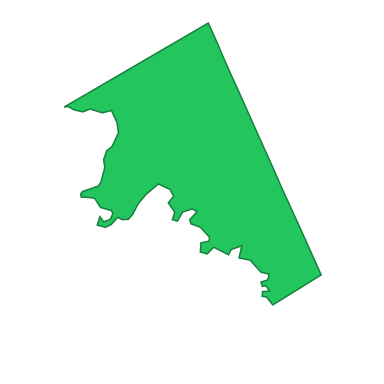 Sumter, Alabama, United States of America, rotated 150°
{"feature_id": "52423323B29714418212359", "entity_name": "Sumter", "entity_type": "district", "adm_level": 2, "iso_a3": "USA", "parent_name": "United States of America", "parent_adm1": "Alabama", "projection": "orthographic", "projection_center": [-88.095, 32.652], "detail": "fine", "context": "isolated", "style": "filled", "palette": "green", "viewbox_px": 384, "rotation_deg": 150, "n_neighbors": 0, "source": "geoboundaries", "source_scale": "gbopen_adm2", "svg_char_len": 1172}
<svg xmlns="http://www.w3.org/2000/svg" viewBox="0 0 384 384"><g transform="rotate(150 192 192)"><path d="M119.0,80.6L116.8,102.3L111.9,153.6L110.2,168.0L106.8,202.1L106.8,202.3L104.8,221.8L100.9,259.1L99.6,273.4L97.4,293.7L96.5,301.5L96.1,303.9L93.4,330.2L260.3,329.5L256.5,327.9L253.1,322.2L246.6,316.0L238.8,314.8L230.1,305.5L221.0,302.8L222.3,289.5L226.0,280.1L238.5,271.4L245.2,270.4L252.3,264.2L255.3,256.8L266.0,246.0L270.2,244.0L286.7,247.2L289.4,245.9L290.5,243.0L286.4,240.4L279.5,235.5L279.0,224.4L271.1,216.2L271.3,213.0L276.4,209.1L283.4,210.4L284.1,216.7L290.6,210.7L284.7,204.7L278.2,204.2L268.9,207.2L266.5,203.1L260.8,200.1L254.5,202.3L244.4,208.8L233.3,212.8L217.2,215.8L209.8,205.2L209.9,197.6L218.0,194.4L217.0,183.2L222.8,177.8L219.2,174.1L210.1,179.3L200.3,177.2L197.4,172.5L207.7,169.2L208.9,165.1L202.3,157.1L199.5,144.3L201.7,140.9L209.7,143.5L214.8,135.8L209.8,130.8L200.9,133.3L191.7,119.4L186.8,122.6L175.8,120.5L184.2,111.4L175.7,103.8L172.4,88.1L166.5,82.4L170.2,78.0L177.3,79.5L178.3,75.1L174.9,74.0L174.4,67.3L180.7,70.5L183.4,66.4L180.0,64.0L178.5,53.8L121.6,55.6L119.0,80.6Z" fill="#22c55e" stroke="#15803d" stroke-width="1.5"/></g></svg>